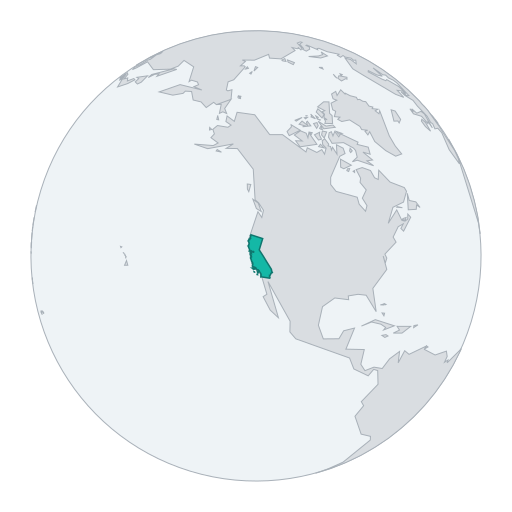 globe centered on California, rotated 17°
{"feature_id": "USA-3521", "entity_name": "California", "entity_type": "State", "adm_level": 1, "iso_a3": "USA", "parent_name": "United States of America", "parent_adm1": "", "projection": "orthographic", "projection_center": [-120.441, 37.266], "detail": "fine", "context": "on_globe", "style": "filled", "palette": "teal", "viewbox_px": 512, "rotation_deg": 17, "n_neighbors": 0, "source": "natural_earth", "source_scale": "10m", "svg_char_len": 13934}
<svg xmlns="http://www.w3.org/2000/svg" viewBox="0 0 512 512"><g transform="rotate(17 256 256)"><circle cx="256" cy="256" r="225" fill="#eef3f6" stroke="#a8b0b8"/><path d="M69.4,372.0L69.9,373.4L69.4,372.0ZM376.4,446.4L387.0,438.6L399.5,427.7L419.1,398.6L418.2,395.0L408.6,395.6L397.5,380.3L402.7,367.7L399.3,364.5L410.2,343.0L405.9,330.0L401.7,330.0L398.3,337.8L382.6,335.4L375.3,326.2L318.3,323.6L310.6,318.7L307.7,308.4L274.9,276.9L295.5,308.5L285.4,303.6L274.7,292.8L277.6,289.4L266.4,272.4L255.4,266.4L244.1,243.8L244.9,213.1L250.3,217.5L249.8,210.1L243.0,204.4L238.7,202.5L228.0,173.8L206.8,158.7L196.0,161.8L201.6,155.4L178.4,167.5L164.3,167.0L182.8,162.9L186.7,159.0L178.3,156.0L180.5,151.4L177.7,147.5L181.0,142.5L191.5,141.1L193.9,138.1L187.9,136.2L187.4,130.5L195.9,133.6L195.9,124.1L213.5,121.3L233.6,135.9L245.9,132.2L273.4,141.9L273.4,137.5L283.9,139.2L287.8,135.0L291.8,138.6L291.5,132.3L287.2,129.9L285.6,126.4L287.5,123.9L292.9,127.8L292.7,129.6L295.3,129.5L297.2,132.6L297.4,129.6L303.7,135.0L300.4,126.1L307.8,127.4L311.2,132.0L307.0,136.1L304.4,158.9L306.5,165.8L313.7,170.8L335.6,170.2L339.5,176.3L347.7,181.2L347.4,175.4L340.8,169.6L342.1,160.6L334.0,155.2L333.3,151.0L326.5,144.1L331.7,140.4L340.5,140.8L346.5,146.5L350.5,147.1L348.3,138.1L362.6,146.1L377.8,147.2L381.0,150.1L381.3,161.3L372.7,169.4L372.9,186.1L377.1,170.8L385.1,179.3L388.3,179.1L390.3,176.3L388.9,171.5L392.6,173.7L389.9,189.1L386.5,187.3L387.4,182.2L383.4,186.4L381.6,197.8L385.9,201.8L378.7,216.5L381.7,219.7L381.7,225.0L377.6,218.8L385.0,230.6L377.2,252.8L387.2,274.1L372.8,261.3L364.8,262.8L355.9,267.2L357.4,270.7L343.6,273.1L334.4,285.0L335.9,304.0L344.6,315.6L359.5,310.9L361.7,301.9L371.3,296.1L369.2,318.8L386.9,313.8L387.9,328.9L393.7,333.8L401.3,327.8L409.6,326.7L413.8,315.3L421.2,305.3L423.2,316.6L425.9,303.1L431.1,305.3L444.9,292.6L444.3,296.1L456.2,298.3L465.9,291.3L468.2,296.2L467.3,302.5L470.0,299.3L470.0,302.3L477.9,287.6L479.5,284.4L479.2,286.8L476.4,302.8L472.4,318.7L467.3,334.2L461.1,349.3L453.8,363.9L445.4,377.9L436.1,391.4L425.8,404.0L414.6,416.0L402.6,427.0L389.9,437.2L376.4,446.4ZM133.0,303.3L133.5,298.2L136.1,302.3L133.0,303.3ZM131.9,294.5L132.1,296.4L131.5,294.7L131.9,294.5ZM130.2,292.9L131.4,294.1L129.9,293.3L130.2,292.9ZM127.7,291.4L129.1,292.0L128.9,292.1L127.7,291.4ZM388.7,282.0L408.7,282.3L399.7,289.4L400.9,286.4L395.4,284.7L385.9,285.3L377.3,292.2L388.7,282.0ZM124.4,287.5L123.6,286.4L125.0,286.5L124.4,287.5ZM392.4,265.5L389.2,266.4L392.0,264.7L392.4,265.5ZM236.4,202.6L242.7,204.8L248.0,211.9L242.5,210.5L236.4,202.6ZM226.6,189.7L230.1,189.1L230.3,196.6L228.2,194.5L226.6,189.7ZM187.8,165.5L192.6,166.8L187.2,167.2L187.8,165.5ZM176.7,147.9L174.7,149.1L174.1,146.6L176.7,147.9ZM324.1,146.6L325.3,145.4L325.9,147.3L324.1,146.6ZM320.0,145.0L319.9,148.1L317.9,147.8L318.0,145.9L320.0,145.0ZM178.6,136.9L178.3,132.8L180.5,136.7L178.6,136.9ZM320.6,141.3L314.4,146.9L311.0,146.3L308.5,138.7L320.6,141.3ZM179.3,130.3L178.4,121.1L173.9,122.8L186.3,113.5L182.9,124.1L186.3,128.3L182.1,127.8L179.3,130.3ZM284.9,130.3L289.7,132.7L283.9,133.1L284.9,130.3ZM281.6,131.4L266.2,138.7L260.2,134.2L266.6,132.5L257.3,129.1L261.9,123.3L268.1,123.9L271.1,127.8L270.5,122.7L281.6,131.4ZM193.3,110.1L194.6,107.9L195.2,110.0L193.3,110.1ZM284.5,125.1L281.9,126.8L276.5,123.0L280.7,119.0L281.1,121.5L284.5,125.1ZM252.6,131.2L249.3,127.9L252.1,122.2L251.2,120.2L261.5,122.8L252.6,131.2ZM283.3,121.0L282.9,117.1L287.3,116.7L286.7,123.2L283.3,121.0ZM273.3,123.8L271.0,121.9L273.7,121.6L273.3,123.8ZM302.4,113.6L299.4,115.3L296.3,113.4L302.4,113.6ZM282.5,115.7L281.0,115.8L279.5,115.4L280.1,112.8L282.5,115.7ZM262.8,118.8L264.7,117.2L258.7,117.4L260.6,113.5L267.1,116.0L265.1,113.2L265.7,112.1L270.4,115.5L262.8,118.8ZM276.1,109.0L285.0,111.3L291.2,108.3L294.1,109.8L283.7,114.5L276.1,109.0ZM272.3,112.5L275.3,110.6L277.4,113.2L276.7,116.2L272.3,112.5ZM259.6,110.0L255.0,115.3L253.7,114.7L259.6,110.0ZM277.5,107.5L275.3,107.0L277.7,107.0L277.5,107.5ZM264.6,108.5L263.2,110.4L261.8,109.6L264.6,108.5ZM272.2,104.5L275.0,105.2L274.6,107.1L272.2,104.5ZM268.4,105.9L266.8,104.3L272.7,107.4L267.9,106.9L268.4,105.9ZM263.5,107.4L262.2,107.5L264.3,106.7L263.5,107.4ZM272.1,97.1L279.7,100.6L278.8,104.7L271.5,100.7L272.1,97.1ZM463.9,169.3L463.5,168.3L459.3,159.7L422.3,105.3L418.2,99.9L406.0,87.9L418.1,99.5L429.3,112.0L439.5,125.3L448.7,139.4L456.9,154.0L463.9,169.3ZM367.2,60.1L369.9,62.0L374.3,64.4L372.8,63.4L378.2,66.8L380.6,68.8L393.2,78.5L415.1,97.1L421.2,104.0L423.6,108.4L409.7,97.9L397.6,83.8L392.5,80.7L389.9,82.1L386.4,78.0L383.8,77.1L378.8,72.3L366.6,65.5L360.7,61.3L351.1,58.8L346.7,56.6L353.7,58.5L355.3,57.9L340.1,49.3L335.7,47.7L330.7,47.0L327.1,45.1L324.2,45.6L313.0,41.9L324.2,47.2L318.6,47.5L309.2,45.9L309.4,47.1L324.6,50.0L328.9,50.4L329.4,49.1L342.8,52.2L349.1,55.2L342.6,56.3L350.9,61.1L342.3,60.6L306.3,51.9L293.8,48.7L283.4,40.8L289.1,40.5L295.7,42.9L294.1,39.5L292.1,40.3L289.1,39.0L283.0,39.7L280.6,38.8L278.8,41.2L275.2,40.3L276.4,38.8L264.3,39.8L255.4,39.0L253.9,39.7L254.7,40.7L242.9,39.4L242.3,40.0L245.9,40.6L246.9,42.5L244.2,45.4L240.2,44.7L240.7,43.6L235.8,40.6L237.6,38.2L235.7,38.3L233.2,40.3L239.2,43.8L238.7,45.8L235.0,44.1L236.3,44.9L234.8,45.7L229.6,46.1L233.3,48.1L222.2,60.2L211.1,62.8L209.1,59.5L197.2,69.2L185.6,72.6L189.0,73.0L185.5,78.7L189.1,77.6L190.4,78.3L183.2,94.0L178.4,97.6L179.1,105.9L180.8,106.3L184.4,104.0L186.3,113.5L173.9,122.8L170.6,121.4L165.0,128.6L158.4,124.7L150.3,125.2L146.3,117.5L140.2,119.0L138.7,121.8L129.4,126.5L115.4,127.4L133.3,114.3L155.7,113.1L147.1,112.2L151.0,109.0L149.1,106.7L142.9,106.7L141.0,108.8L141.1,93.3L130.0,90.0L126.1,97.2L119.4,102.4L103.4,107.8L95.5,102.0L86.6,111.1L83.3,113.9L85.0,110.6L89.8,106.3L95.1,100.3L97.6,98.7L101.9,92.8L105.6,90.3L107.2,87.4L102.1,91.8L96.9,97.5L96.7,96.8L86.2,107.9L85.7,108.5L96.8,96.6L108.7,85.5L121.4,75.3L134.8,66.1L148.8,57.8L163.4,50.6L178.5,44.5L194.0,39.4L209.8,35.5L225.8,32.7L242.0,31.2L258.3,30.7L274.6,31.5L290.7,33.4L306.7,36.5L322.4,40.7L337.8,46.1L352.8,52.6L367.2,60.1ZM439.3,125.2L441.3,127.9L441.3,128.0L439.3,125.2ZM445.2,292.0L447.1,292.7L445.1,294.8L445.2,292.0ZM399.6,295.1L403.3,293.2L405.6,293.9L403.0,296.2L399.6,295.1ZM427.4,276.3L431.0,274.5L427.7,278.4L427.4,276.3ZM411.5,282.0L424.5,278.1L418.2,287.0L409.8,289.6L414.9,284.9L411.5,282.0ZM393.2,273.6L395.7,273.1L395.8,275.8L393.2,273.6ZM394.5,264.3L393.7,265.0L392.0,263.9L394.5,264.3ZM385.3,178.4L385.6,177.2L388.3,175.3L388.2,178.0L385.3,178.4ZM393.0,157.5L398.7,161.6L394.6,160.3L395.6,164.5L388.1,167.3L382.3,151.8L386.3,158.1L393.0,157.5ZM376.5,167.5L381.9,167.0L376.3,168.2L376.5,167.5ZM374.7,78.6L374.6,76.8L379.0,78.7L386.5,85.6L380.2,82.7L374.7,78.6ZM373.5,74.0L365.0,74.0L360.1,70.2L364.3,72.2L361.9,69.7L368.0,72.4L371.5,69.4L375.6,71.0L387.2,81.9L381.1,77.2L381.5,79.0L373.5,74.0ZM352.2,85.4L348.5,86.7L342.5,76.7L346.7,76.7L354.4,83.1L354.0,86.9L352.2,85.4ZM317.3,127.3L316.3,129.4L314.8,128.2L314.5,125.4L317.3,127.3ZM301.2,114.5L320.3,117.3L320.1,119.7L331.5,119.1L335.4,125.3L327.9,125.4L339.4,130.1L334.2,132.6L342.1,135.3L324.8,134.8L320.6,137.7L323.9,131.9L320.4,126.0L317.7,124.3L306.6,122.0L295.8,126.0L290.6,121.2L289.9,116.8L291.7,115.1L294.5,118.7L294.9,113.9L300.3,117.8L301.2,114.5ZM284.1,75.3L286.6,78.8L288.4,72.3L293.8,75.1L293.7,74.2L299.2,75.2L305.6,74.9L307.5,76.8L309.2,75.9L312.9,76.8L315.8,76.3L320.2,79.6L324.2,79.4L324.0,81.1L329.7,80.0L327.5,82.3L332.0,84.0L331.8,80.9L348.3,102.1L357.0,110.1L365.5,115.8L360.4,119.7L349.3,117.3L336.1,111.8L328.4,103.9L327.6,107.5L323.7,104.8L326.0,103.1L320.1,104.2L317.5,101.7L305.7,98.5L298.7,102.3L294.2,101.4L295.7,98.7L290.2,99.8L289.9,94.3L286.6,93.7L283.1,87.9L287.7,83.4L283.7,83.1L280.9,79.0L284.1,75.3ZM271.3,95.4L275.6,88.8L280.7,87.3L284.7,98.1L287.7,99.5L290.5,106.9L283.1,109.1L283.0,106.7L281.2,104.9L284.2,104.9L280.4,103.6L280.1,100.4L277.1,98.6L279.3,96.9L271.3,95.4ZM391.5,76.0L389.0,74.2L386.5,72.4L388.1,73.5L391.5,76.0ZM382.5,69.8L386.1,72.1L385.6,71.9L382.5,69.8ZM351.1,57.1L348.1,55.5L348.9,55.4L351.7,56.3L351.1,57.1ZM290.7,58.5L291.3,60.3L289.8,60.3L286.6,63.6L282.3,62.1L282.6,59.4L290.7,58.5ZM285.5,57.3L284.7,58.8L283.1,57.2L285.5,57.3ZM279.0,61.2L276.7,59.5L281.4,62.3L279.0,61.2ZM248.0,49.8L257.2,46.5L260.9,43.9L258.6,41.8L265.8,43.8L260.0,47.7L248.0,49.8ZM225.8,58.8L227.8,61.2L224.4,61.6L223.4,61.1L225.8,58.8ZM228.8,59.3L236.2,59.8L235.7,62.1L230.0,61.2L228.8,59.3ZM261.1,57.2L264.1,56.3L265.4,57.6L261.1,57.2ZM66.4,370.9L68.8,374.7L66.7,372.4L66.4,370.9ZM69.8,373.3L67.3,370.8L69.4,372.0L69.8,373.3ZM49.5,344.9L50.9,347.9L50.6,347.5L49.5,344.9ZM48.8,343.3L48.5,341.9L49.4,344.6L48.8,343.3ZM39.7,317.8L39.8,317.8L40.3,319.5L39.7,317.8ZM38.4,313.1L37.3,309.6L37.1,308.5L38.4,313.1ZM37.7,310.0L37.2,307.7L38.8,314.3L37.7,310.0ZM35.2,299.5L36.8,306.9L35.1,299.5L35.2,299.5ZM34.7,297.7L33.9,293.5L33.9,293.1L34.7,297.7ZM32.5,283.8L33.6,291.7L33.7,292.2L33.3,289.7L32.5,283.8ZM31.3,271.6L31.3,272.5L31.9,278.6L31.3,271.6ZM74.3,126.4L77.2,123.2L75.8,126.3L74.2,127.6L74.3,126.4ZM74.2,134.8L76.4,126.1L78.7,120.0L76.2,123.5L73.3,125.8L79.2,118.3L80.4,119.7L78.0,125.2L81.3,123.2L81.8,126.2L87.3,122.0L88.7,122.9L82.9,128.6L74.2,134.8ZM89.8,120.0L99.6,115.4L95.4,123.4L92.3,126.2L89.6,124.8L92.0,120.6L89.8,120.0ZM100.8,116.8L103.2,112.9L122.6,101.1L125.7,100.7L108.7,113.1L110.0,110.2L106.0,111.9L100.8,116.8ZM192.3,107.9L194.4,107.9L192.2,109.3L192.3,107.9ZM192.4,77.6L193.9,78.8L191.3,80.3L192.4,77.6ZM196.5,83.1L198.5,80.6L198.0,83.5L196.5,83.1ZM202.5,75.2L200.0,79.7L200.1,75.1L202.5,75.2Z" fill="#d9dde1" stroke="#a8b0b8" stroke-width="1"/><path d="M274.9,273.3L267.0,274.4L266.9,274.0L266.8,273.9L266.6,273.8L266.7,273.7L266.8,273.7L267.0,274.1L266.9,273.8L266.8,273.7L266.7,273.7L266.6,273.9L266.5,273.4L266.4,273.2L266.5,273.2L266.4,272.6L266.3,272.2L265.6,271.3L265.1,270.9L264.9,270.7L264.6,270.4L264.1,270.2L263.6,269.7L263.3,269.7L263.4,269.8L263.3,269.6L263.1,269.7L263.1,269.9L262.8,269.8L262.6,269.8L262.6,269.7L262.7,269.4L262.5,269.0L262.3,268.7L262.2,268.6L261.8,268.6L261.5,268.7L261.4,268.7L261.3,268.8L261.2,268.7L260.9,268.6L260.4,268.4L260.0,268.2L259.8,267.8L259.6,267.7L259.4,267.6L259.2,267.3L258.8,267.2L258.5,267.2L258.4,267.3L258.1,267.2L257.8,267.2L257.7,267.1L257.4,267.0L257.1,267.0L256.5,267.0L256.0,267.1L255.9,267.1L255.8,266.8L255.6,266.7L255.4,266.6L255.5,266.1L255.4,265.9L255.4,265.5L255.3,265.3L255.4,264.8L255.3,264.4L255.1,264.2L255.0,264.3L254.6,264.0L254.5,263.9L254.6,263.5L254.6,263.4L254.6,263.2L254.2,263.1L253.9,262.7L253.7,262.4L253.3,262.3L253.1,261.8L252.7,261.4L252.6,260.9L252.4,260.9L252.1,260.3L251.7,260.1L251.5,259.8L251.4,259.7L251.4,259.4L251.2,259.0L251.3,258.9L251.2,258.9L251.3,258.9L251.1,258.6L251.3,258.4L251.4,258.6L251.5,258.6L251.6,258.4L251.7,258.0L251.8,258.1L251.7,258.0L251.8,257.8L251.7,257.7L251.5,257.3L251.4,257.1L251.2,257.2L250.7,257.1L250.4,256.9L250.2,256.5L250.0,256.3L249.9,256.2L249.9,255.6L249.7,255.3L249.7,255.1L249.5,254.9L249.5,254.6L249.6,254.4L249.6,253.9L249.9,253.8L250.1,254.1L249.9,254.2L250.0,254.4L250.0,254.5L250.4,254.8L250.5,254.9L250.5,255.0L250.8,255.2L251.0,255.2L250.9,255.0L250.7,254.7L250.6,254.4L250.6,254.2L250.4,254.1L250.5,254.1L250.3,254.0L250.2,253.9L250.2,253.7L250.1,253.4L249.8,253.2L250.1,253.1L250.3,252.9L250.5,252.8L250.7,253.0L250.9,252.9L251.2,252.9L252.1,253.1L252.2,252.9L252.4,252.7L252.5,252.7L252.5,252.8L252.3,252.8L252.4,253.0L252.5,253.0L252.5,252.8L252.9,253.1L252.8,252.9L252.6,252.8L252.5,252.7L252.4,252.7L252.2,252.7L252.1,252.9L252.0,253.0L251.9,252.9L252.1,252.7L251.8,252.8L251.7,252.8L251.4,252.8L251.5,252.8L251.3,252.8L251.1,252.7L250.8,252.9L250.7,252.9L250.4,252.8L250.2,252.6L250.0,252.4L249.8,252.6L249.6,252.6L249.6,253.0L249.8,253.1L249.6,253.2L249.7,253.3L249.8,253.5L249.7,253.6L249.5,253.8L249.2,253.4L249.0,253.5L248.9,253.4L248.6,253.0L248.3,252.9L248.2,252.8L248.3,252.9L248.1,253.0L248.2,252.4L248.2,252.2L248.6,252.7L248.3,252.2L248.2,252.1L248.1,251.8L247.9,251.8L247.9,251.7L247.7,251.2L247.1,250.7L246.8,250.3L246.6,250.1L246.5,249.9L246.0,249.3L245.9,249.2L246.0,249.2L246.1,248.9L246.0,248.5L245.9,248.2L245.8,247.9L245.8,247.7L245.7,247.6L245.8,247.3L245.9,246.8L245.9,246.7L245.9,246.3L245.8,246.1L245.7,245.7L245.5,245.4L245.2,245.0L245.1,244.9L245.0,244.7L244.8,244.5L244.2,244.0L244.3,243.8L244.3,243.5L244.1,243.3L244.3,242.8L244.7,242.0L244.6,242.3L244.8,242.3L244.7,242.1L244.8,242.1L244.9,241.9L245.1,241.9L245.2,241.7L244.8,241.9L244.7,242.1L244.9,241.7L245.1,241.1L245.0,240.9L245.0,240.6L245.1,240.4L245.3,239.4L245.3,239.1L245.2,238.9L245.1,238.5L245.1,238.2L244.8,238.1L244.9,237.8L245.0,237.3L245.0,237.2L257.3,237.4L257.3,249.2L263.2,254.2L267.9,258.4L274.7,264.3L274.8,264.8L275.0,265.2L275.2,265.3L275.4,265.7L275.5,265.9L275.6,266.1L275.6,266.4L275.8,266.4L276.5,266.9L276.5,267.0L276.2,267.4L275.7,267.7L275.6,267.8L275.6,268.1L275.3,268.4L275.3,268.5L275.3,269.0L275.4,269.3L275.3,269.5L275.3,269.9L275.2,270.1L275.0,270.5L274.7,270.6L274.8,270.7L274.8,270.9L274.9,271.2L274.9,271.4L274.9,271.8L275.0,272.0L275.4,272.0L275.5,272.1L275.7,272.7L275.5,272.9L275.5,273.2L275.4,273.2L275.0,273.2L274.9,273.3ZM259.0,268.7L258.9,268.8L258.6,268.9L258.4,269.0L258.0,269.0L257.8,268.9L257.8,268.7L257.7,268.6L258.1,268.6L258.4,268.7L258.5,268.7L258.6,268.8L258.7,268.7L258.9,268.6L259.0,268.7ZM257.3,268.7L257.3,268.8L257.5,268.9L257.5,269.1L257.4,269.1L257.1,269.2L257.1,269.3L256.9,269.1L256.8,268.9L256.6,268.8L256.9,268.8L257.0,268.7L257.1,268.8L257.3,268.7ZM262.4,271.1L262.1,271.0L262.0,270.8L262.4,271.0L262.4,270.9L262.8,271.1L263.0,271.4L263.0,271.5L262.9,271.5L262.8,271.4L262.5,271.4L262.4,271.3L262.5,271.2L262.4,271.1ZM262.4,272.9L262.9,273.4L262.6,273.5L262.4,273.3L262.1,272.6L262.4,272.9ZM259.0,271.6L259.3,271.8L259.2,271.9L258.9,271.8L258.8,271.7L259.0,271.6ZM256.3,268.6L256.4,268.8L256.0,268.7L256.3,268.6ZM263.2,269.7L263.2,269.8L263.2,269.7L263.1,269.8L263.1,269.7L263.2,269.7Z" fill="#14b8a6" stroke="#0f766e" stroke-width="1.5"/></g></svg>